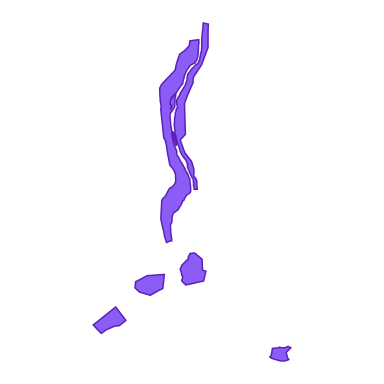 Aswan, Aswan, Egypt (Albers equal-area conic projection)
{"feature_id": "37247803B17658865613215", "entity_name": "Aswan", "entity_type": "district", "adm_level": 2, "iso_a3": "EGY", "parent_name": "Egypt", "parent_adm1": "Aswan", "projection": "albers", "projection_center": [32.887, 24.103], "detail": "fine", "context": "isolated", "style": "filled", "palette": "violet", "viewbox_px": 384, "rotation_deg": 0, "n_neighbors": 0, "source": "geoboundaries", "source_scale": "gbopen_adm2", "svg_char_len": 5117}
<svg xmlns="http://www.w3.org/2000/svg" viewBox="0 0 384 384"><path d="M171.8,240.8L171.7,240.4L171.7,239.6L171.6,238.7L171.3,236.2L170.9,233.9L170.6,228.6L170.5,227.3L170.3,225.8L170.8,224.3L171.6,222.8L171.8,221.8L172.0,221.0L172.0,218.5L172.3,216.4L172.8,214.5L173.6,213.0L174.5,212.4L175.9,211.3L177.0,210.6L178.2,209.6L179.1,207.9L179.8,206.6L180.6,205.7L181.1,204.3L181.6,203.7L182.2,202.6L182.4,201.6L182.7,200.7L183.2,200.7L183.8,200.4L184.1,199.9L184.3,199.0L184.9,197.8L185.7,196.6L186.6,195.3L188.1,193.9L189.4,193.3L190.3,192.2L190.7,191.1L190.7,189.2L190.4,184.8L190.1,183.1L189.9,180.9L189.7,178.5L188.9,177.4L188.3,175.5L187.5,173.4L185.8,170.9L184.7,168.2L183.6,166.3L182.1,163.5L180.4,161.1L179.8,159.8L178.3,156.8L177.5,155.7L176.7,154.9L176.7,152.9L176.7,151.5L176.5,150.5L175.3,148.0L174.7,146.4L173.5,142.7L173.0,140.5L172.5,138.5L172.0,136.3L171.8,134.2L171.7,131.0L171.3,127.9L170.7,124.7L170.4,121.1L170.0,117.0L170.0,115.2L170.3,113.2L171.0,112.6L171.7,111.5L172.6,110.4L174.1,107.6L174.7,106.6L174.8,103.9L174.9,101.7L175.0,98.9L175.3,97.7L175.6,96.4L175.8,94.1L175.3,94.4L174.4,95.0L173.4,96.4L171.8,98.4L171.2,99.5L170.7,100.4L170.4,101.3L170.2,102.4L170.2,102.9L170.2,103.7L170.6,104.4L171.3,104.9L171.6,105.5L171.8,106.2L171.7,106.7L171.5,107.1L171.2,107.5L170.9,108.1L170.8,108.6L170.7,109.0L170.4,108.7L170.8,107.7L171.2,107.2L171.4,106.2L171.2,105.7L170.8,105.0L170.3,104.5L170.0,103.9L170.0,103.2L170.0,102.1L170.2,101.2L170.7,99.5L171.2,98.6L171.6,97.4L172.4,96.5L173.2,95.5L173.8,94.7L174.6,94.2L175.3,93.7L175.7,93.4L176.2,93.0L177.0,91.6L178.1,89.8L178.9,88.6L180.4,86.5L181.2,85.5L182.3,84.1L182.8,83.6L182.8,82.1L183.2,80.8L183.6,79.4L183.9,78.2L184.2,76.3L184.8,74.7L185.2,73.7L185.8,72.2L186.5,70.9L186.9,70.2L187.4,69.3L187.9,68.6L188.6,68.0L189.0,66.9L189.7,66.0L191.5,64.4L192.2,64.1L193.7,63.7L195.2,62.8L195.9,61.6L196.5,60.5L197.3,58.1L197.8,56.7L197.9,56.2L198.2,53.2L198.4,49.7L198.5,48.2L198.5,46.8L198.5,46.3L198.5,45.2L198.9,43.1L198.8,39.7L197.0,39.9L194.3,40.2L191.5,40.6L190.2,40.8L189.9,40.9L189.2,45.9L184.6,50.6L179.7,54.1L178.0,58.9L176.4,64.1L175.1,70.2L168.0,77.6L161.7,84.2L159.7,88.1L159.8,93.6L160.3,101.5L161.1,105.5L160.8,109.9L161.2,113.6L163.8,138.1L165.4,140.3L165.2,140.8L166.3,144.5L166.8,147.9L167.5,152.9L168.7,159.1L169.8,165.0L171.2,166.8L172.9,168.8L174.3,171.0L175.5,174.5L175.6,178.1L175.7,181.4L174.6,184.2L172.1,187.0L169.8,188.1L168.6,189.9L166.4,194.2L164.6,197.0L163.1,198.3L161.8,200.3L161.3,209.7L160.9,217.2L161.0,219.8L162.4,226.2L163.8,231.9L164.5,236.2L166.5,242.5L171.0,240.7L171.8,240.8L171.8,240.8ZM197.3,189.3L197.1,187.6L196.8,184.8L196.9,183.2L196.8,181.8L196.9,181.2L195.3,177.7L193.7,176.2L194.0,169.8L192.2,163.3L191.3,161.1L187.7,156.5L184.7,152.5L180.2,139.9L185.4,134.4L184.5,103.6L187.1,96.3L189.7,90.2L193.1,82.6L193.0,78.8L194.0,76.3L201.6,64.8L208.0,47.6L208.1,28.8L208.4,24.1L204.2,23.2L203.2,23.0L202.9,27.9L202.3,33.2L201.9,37.2L201.7,38.7L201.8,40.0L201.8,42.8L201.7,44.9L201.8,47.1L201.6,49.3L201.4,51.4L200.7,53.1L200.5,54.8L199.8,58.4L199.4,60.1L198.8,61.4L198.3,62.7L197.7,63.7L195.6,65.0L194.3,66.4L192.2,68.5L191.4,69.4L190.3,70.9L189.5,71.9L187.8,74.0L187.4,75.3L187.1,78.9L186.9,80.3L185.6,84.2L185.2,85.4L184.1,87.1L182.0,90.6L180.5,92.8L179.2,96.0L178.8,96.5L178.3,97.1L177.1,99.2L176.7,100.3L176.6,102.8L177.0,105.2L177.5,106.5L177.4,107.7L176.4,108.6L176.2,110.0L175.8,111.6L175.3,112.7L175.4,113.9L175.2,115.5L174.7,117.7L174.6,120.3L174.5,121.7L174.5,122.9L174.2,124.4L174.5,127.0L175.0,130.5L175.0,133.2L175.5,134.8L176.0,136.8L176.3,138.7L177.1,141.1L178.0,144.3L178.4,145.5L179.2,147.9L180.0,150.5L181.1,153.4L182.6,155.9L183.9,157.8L185.4,159.5L186.1,160.7L187.4,163.9L187.5,166.8L188.4,169.4L190.8,175.0L191.4,176.3L192.4,178.1L192.7,178.7L193.2,179.3L193.3,180.4L193.4,181.9L193.6,183.3L193.5,185.6L193.6,186.3L194.0,186.9L194.1,187.6L194.1,188.2L194.0,189.3L195.0,189.3L196.3,189.3L197.3,189.3ZM190.0,253.5L189.8,254.1L188.9,255.8L188.3,256.7L188.3,257.9L188.4,258.6L188.2,259.2L187.0,260.0L185.8,261.2L185.0,262.1L183.7,263.3L182.5,264.7L181.7,265.3L181.4,266.7L180.8,267.7L180.3,268.6L180.3,269.8L180.7,270.9L181.4,272.4L181.5,273.7L181.8,275.3L182.5,275.9L182.5,276.7L182.5,278.4L181.9,279.7L181.7,280.6L182.6,282.0L183.9,283.1L185.0,283.9L185.7,285.0L186.3,284.8L188.6,284.4L203.6,281.0L205.9,271.2L202.5,270.2L202.1,259.2L194.7,253.0L194.4,253.0L190.0,253.5ZM158.1,290.8L162.8,288.5L163.8,279.7L164.3,274.4L147.1,275.7L135.6,281.8L135.0,287.9L139.6,292.1L150.3,295.3L158.1,290.8ZM106.5,329.7L114.2,326.3L119.4,325.6L125.9,320.4L115.7,307.0L93.2,325.0L101.2,333.4L106.5,329.7ZM288.1,346.4L284.9,347.8L281.6,347.8L279.6,347.1L278.3,347.8L276.3,348.0L272.4,348.4L271.7,353.0L271.1,355.7L269.8,357.0L270.9,357.7L271.8,358.3L275.7,359.6L280.9,361.0L283.1,361.0L284.9,361.0L288.8,359.6L287.5,357.7L286.7,354.6L286.2,352.4L290.8,347.8L288.1,346.4ZM175.8,144.8L176.2,146.0L176.4,144.0L176.4,143.7L175.4,137.8L175.4,137.5L174.9,136.2L173.5,132.6L172.8,131.4L172.9,133.6L173.3,135.3L173.8,137.3L174.1,139.2L174.9,141.5L175.8,144.8Z" fill="#8b5cf6" stroke="#5b21b6" stroke-width="1.5"/></svg>